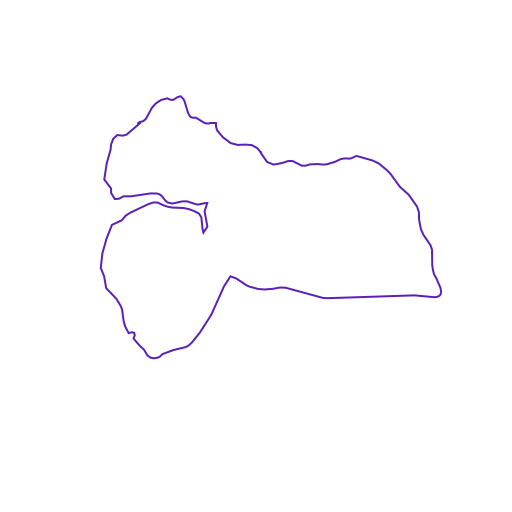 map outline of Yangon (orthographic projection), rotated 118°
{"feature_id": "MMR-3269", "entity_name": "Yangon", "entity_type": "Division", "adm_level": 1, "iso_a3": "MMR", "parent_name": "Myanmar", "parent_adm1": "", "projection": "orthographic", "projection_center": [96.162, 17.041], "detail": "fine", "context": "isolated", "style": "outline", "palette": "violet", "viewbox_px": 512, "rotation_deg": 118, "n_neighbors": 0, "source": "natural_earth", "source_scale": "10m", "svg_char_len": 2267}
<svg xmlns="http://www.w3.org/2000/svg" viewBox="0 0 512 512"><g transform="rotate(118 256 256)"><path d="M390.1,293.7L391.8,295.0L394.1,297.8L395.3,301.2L394.8,305.1L391.3,310.9L389.8,316.6L386.4,325.3L382.8,325.9L381.1,327.5L381.5,329.7L383.9,332.2L379.6,338.5L375.5,342.4L365.8,349.4L363.5,352.2L359.3,359.3L354.7,373.2L345.2,380.6L339.4,387.5L325.7,392.9L310.9,396.1L296.1,397.8L287.4,391.2L281.8,390.1L277.0,387.5L260.7,375.4L256.7,371.5L255.0,367.8L254.7,361.6L253.9,356.8L252.5,352.6L247.6,342.4L246.1,337.2L245.4,332.0L245.3,326.4L247.4,322.5L257.1,316.0L260.0,313.4L252.9,312.7L240.6,322.4L232.1,323.9L233.5,326.2L237.6,331.0L238.5,333.3L240.2,342.8L242.6,347.0L248.9,354.4L250.2,359.2L249.6,362.1L247.2,367.6L246.8,370.3L247.4,373.0L250.2,378.4L261.9,394.3L265.6,401.1L269.8,403.9L272.0,407.4L268.4,413.5L264.4,415.7L259.7,425.9L244.3,431.3L230.4,434.3L225.6,436.3L219.5,437.1L214.4,435.3L212.2,430.0L209.5,427.2L192.4,420.5L195.0,422.9L194.9,422.8L192.3,421.6L190.0,419.0L188.6,418.3L186.3,417.6L174.1,417.5L169.3,416.4L167.7,415.8L162.6,412.9L158.5,408.4L158.2,404.9L157.7,403.7L156.7,402.1L152.6,399.9L150.3,397.4L151.6,393.6L152.8,391.9L161.3,383.4L163.1,380.9L164.0,378.9L163.7,377.4L163.4,376.3L162.1,373.9L162.7,363.5L162.2,362.0L161.1,359.7L160.0,358.8L157.4,353.8L160.7,351.9L163.4,349.2L166.7,340.9L168.2,331.3L166.5,324.3L162.5,317.4L160.1,311.9L160.1,305.9L161.9,301.3L162.0,300.2L162.7,300.2L167.8,290.3L167.0,283.3L162.1,277.1L157.1,272.2L155.4,269.2L154.8,267.2L155.0,264.9L154.8,262.8L154.8,258.1L153.0,254.6L149.8,251.4L145.9,244.8L143.8,239.7L141.8,236.5L135.9,230.6L130.9,226.9L128.5,224.0L127.2,221.6L126.3,219.3L124.8,217.6L120.5,214.3L116.9,197.8L116.7,190.7L118.8,180.5L120.4,175.7L127.4,161.3L130.2,150.0L136.7,137.1L141.3,132.3L146.8,129.5L154.7,123.2L158.6,118.3L164.6,106.9L167.7,103.6L181.5,96.0L185.5,93.0L188.4,90.4L191.5,85.7L197.6,78.1L200.7,75.8L203.4,74.9L205.6,75.7L207.1,76.9L208.8,79.5L216.3,97.5L259.7,173.1L261.6,177.2L270.0,214.5L271.5,218.0L273.2,220.9L276.7,225.2L281.4,232.5L284.1,238.5L286.2,248.0L286.3,251.3L285.1,262.7L285.9,269.0L297.9,270.0L329.0,267.9L349.9,269.6L362.9,272.1L365.9,273.2L368.1,274.3L370.0,275.9L377.7,284.7L386.5,292.5L390.1,293.7Z" fill="none" stroke="#5b21b6" stroke-width="2"/></g></svg>